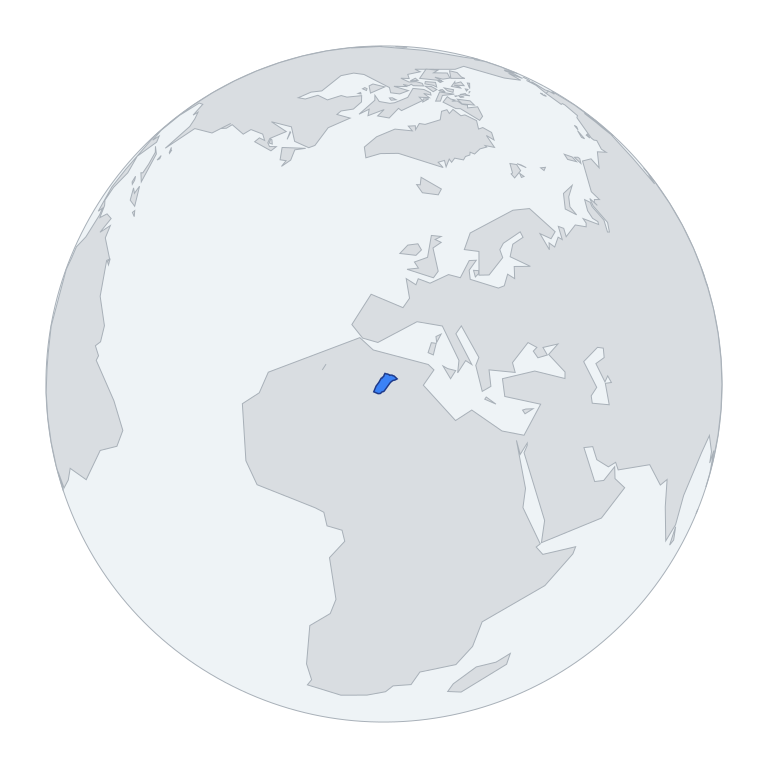 Ghardaïa on an orthographic globe, rotated 28°
{"feature_id": "DZA-2192", "entity_name": "Ghardaïa", "entity_type": "Province", "adm_level": 1, "iso_a3": "DZA", "parent_name": "Algeria", "parent_adm1": "", "projection": "orthographic", "projection_center": [3.122, 31.033], "detail": "fine", "context": "on_globe", "style": "filled", "palette": "blue", "viewbox_px": 768, "rotation_deg": 28, "n_neighbors": 0, "source": "natural_earth", "source_scale": "10m", "svg_char_len": 10510}
<svg xmlns="http://www.w3.org/2000/svg" viewBox="0 0 768 768"><g transform="rotate(28 384 384)"><circle cx="384" cy="384" r="338" fill="#eef3f6" stroke="#a8b0b8"/><path d="M196.5,102.9L206.0,97.0L197.2,102.7L204.6,98.4L216.1,91.4L221.8,88.0L262.8,70.6L302.4,57.5L310.3,54.6L312.2,55.0L321.2,52.0L324.8,51.3L324.5,51.4L324.8,51.4L338.8,49.1L342.1,48.9L350.7,47.9L353.4,48.1L342.6,50.3L344.1,50.7L353.9,49.2L362.8,49.2L348.1,51.2L362.1,51.6L346.5,57.4L305.2,66.1L299.1,72.7L263.5,91.6L269.4,91.3L259.6,99.5L262.8,102.5L255.3,106.1L264.3,105.6L270.5,101.9L276.6,100.6L279.0,102.3L269.9,106.8L267.3,106.6L265.9,108.9L260.3,110.5L264.4,110.7L253.0,116.5L267.8,113.5L261.7,120.5L253.2,123.7L249.6,119.7L221.0,120.1L211.3,123.7L201.2,132.0L191.5,154.4L182.6,160.5L173.9,171.5L180.7,169.3L190.1,160.1L200.7,159.7L210.8,149.4L216.6,148.1L228.9,139.9L231.7,145.5L227.9,155.6L217.9,163.1L215.9,168.1L229.3,165.1L214.4,183.9L211.0,205.8L206.6,210.7L191.2,211.7L181.5,200.4L161.5,205.3L179.2,207.0L167.9,220.8L168.1,225.5L171.4,228.1L177.5,225.0L174.7,231.2L156.1,230.8L158.4,225.2L164.3,225.0L159.6,220.3L147.1,221.8L142.4,229.5L128.3,226.3L124.8,232.1L119.8,235.2L126.4,225.9L114.3,243.1L97.0,247.3L80.2,278.5L91.6,247.8L92.5,238.7L92.2,231.4L89.2,236.2L92.7,222.1L89.0,222.7L77.4,242.7L68.1,264.7L65.3,277.3L69.1,270.6L69.7,277.2L59.2,298.7L58.6,317.9L52.9,337.4L51.3,352.7L53.5,357.5L55.0,370.5L59.6,363.8L65.4,366.0L62.0,383.4L68.0,372.6L69.3,385.8L83.1,402.5L81.1,405.1L92.2,439.8L109.8,463.8L113.9,479.8L111.2,485.7L118.7,493.1L118.8,498.2L153.4,525.6L175.2,547.6L177.4,564.4L164.6,575.9L166.0,608.3L146.5,605.8L150.3,617.0L150.3,626.0L137.4,614.4L150.2,627.7L150.3,628.1L133.1,610.3L117.2,591.3L102.7,571.2L89.7,550.1L79.4,529.0L73.1,514.6L62.9,489.0L49.6,431.9L49.0,419.0L48.0,407.4L51.7,394.0L53.5,368.2L52.9,361.0L50.6,365.6L51.2,337.7L55.2,315.6L65.1,272.1L74.0,249.6L84.4,227.7L96.3,206.7L109.8,186.5L124.6,167.4L140.8,149.4L158.2,132.6L176.8,117.0L196.5,102.9ZM75.0,287.8L74.8,319.5L70.2,311.6L71.9,310.8L73.0,300.4L73.3,286.8L70.6,281.4L75.0,287.8ZM85.6,279.0L85.2,274.9L86.2,277.7L85.6,279.0ZM223.9,86.7L215.9,91.4L204.4,98.2L210.6,94.2L223.9,86.7ZM246.4,75.8L243.6,77.4L235.7,80.7L239.8,78.7L246.4,75.8ZM315.3,53.1L308.2,54.7L314.0,53.4L315.3,53.1ZM351.5,47.8L352.4,47.6L356.5,47.3L351.5,47.8ZM226.5,137.6L227.6,138.7L224.7,139.6L226.5,137.6ZM230.7,133.1L226.5,133.4L227.9,131.3L230.4,131.2L230.7,133.1ZM364.4,47.6L370.6,47.6L362.4,47.8L364.4,47.6ZM235.5,133.5L230.9,127.8L233.4,124.3L245.2,121.3L235.5,133.5ZM373.0,47.8L388.3,48.7L391.8,48.0L390.6,51.3L378.0,48.9L367.3,49.1L373.4,48.4L373.0,47.8ZM271.5,100.0L264.9,104.0L268.1,99.3L271.5,100.0ZM272.0,97.4L273.3,86.1L284.2,81.7L281.6,86.0L293.9,79.7L298.6,82.9L292.9,87.2L284.9,89.2L292.8,89.0L272.0,97.4ZM387.5,53.4L389.6,54.3L385.3,53.8L387.5,53.4ZM279.2,99.8L278.5,97.6L287.9,93.5L291.1,97.1L287.0,97.2L279.2,99.8ZM294.8,76.7L302.3,74.7L308.2,76.6L312.0,76.2L299.6,82.7L294.8,76.7ZM286.1,99.1L292.4,99.2L290.2,102.8L280.6,101.7L286.1,99.1ZM289.0,91.1L293.6,89.4L292.1,91.4L289.0,91.1ZM285.9,116.8L284.9,113.8L289.6,111.2L285.9,116.8ZM294.9,99.0L295.7,97.8L297.4,96.6L301.0,97.5L294.9,99.0ZM304.6,83.8L305.5,85.3L310.0,81.2L314.6,83.0L305.5,87.2L311.4,86.2L312.8,86.7L303.8,89.6L304.6,83.8ZM310.0,95.1L300.1,101.8L301.0,107.7L296.8,110.0L296.0,100.1L310.0,95.1ZM307.2,91.5L308.0,94.1L302.3,95.3L298.2,94.3L307.2,91.5ZM321.0,82.9L316.3,79.1L318.4,78.3L321.0,82.9ZM311.4,96.4L313.8,94.9L312.1,96.7L311.4,96.4ZM319.3,86.6L317.3,85.3L319.8,84.5L319.3,86.6ZM320.1,93.0L316.9,95.1L314.1,94.3L320.1,93.0ZM320.7,89.9L324.6,89.2L315.0,92.8L319.4,89.4L320.7,89.9ZM322.0,86.1L322.8,85.2L322.4,86.8L322.0,86.1ZM332.9,95.3L321.5,100.0L315.1,98.1L327.1,93.6L332.9,95.3ZM470.1,57.2L468.7,56.9L433.8,51.0L448.9,53.0L448.5,53.5L455.8,55.1L466.3,57.0L465.6,56.6L497.9,68.0L529.0,80.3L519.4,74.9L521.8,75.5L528.9,78.7L551.3,90.4L572.9,103.8L593.3,118.7L612.6,135.1L616.4,138.7L608.3,131.4L621.5,144.1L625.6,147.8L622.0,144.1L639.4,162.7L655.3,182.6L669.7,203.6L682.5,225.6L693.6,248.6L702.9,272.3L710.4,296.6L710.3,296.3L714.3,312.8L716.5,323.8L713.6,309.8L706.5,287.9L708.7,300.9L704.9,290.0L695.5,276.7L696.6,295.3L700.9,341.8L707.5,371.3L706.4,390.2L690.0,360.4L678.8,335.4L675.4,343.5L656.5,330.5L631.1,349.9L625.3,344.4L621.0,351.8L607.4,350.9L597.7,341.3L590.4,346.3L615.8,371.2L623.3,366.0L626.5,348.7L632.4,359.1L645.2,362.6L638.9,400.3L597.5,450.2L589.9,429.1L539.9,378.9L539.3,371.0L539.0,370.3L538.2,368.9L537.3,382.2L527.4,371.6L558.0,409.8L564.7,427.9L597.0,451.8L594.9,456.5L604.2,459.9L629.6,437.7L630.5,445.3L620.7,486.4L582.3,547.9L585.4,574.1L579.2,598.0L550.9,621.5L549.0,636.7L533.7,646.3L529.8,655.0L515.0,666.7L492.0,679.0L457.6,685.6L458.9,679.1L447.0,667.5L431.9,632.1L444.3,611.9L442.7,596.7L417.4,562.9L423.2,541.3L415.6,532.8L400.3,536.0L391.1,525.5L381.5,525.6L319.2,532.5L298.1,516.6L268.2,467.9L278.0,450.3L276.3,427.9L340.9,354.4L358.5,359.0L413.9,346.0L421.5,348.1L419.3,366.6L464.3,382.7L473.7,365.8L510.2,370.1L531.7,363.5L531.8,328.3L496.5,338.3L486.1,323.7L511.0,301.8L541.2,294.2L538.2,288.4L515.5,280.6L518.8,267.0L507.2,277.1L514.6,281.7L507.6,288.6L500.4,284.9L501.8,279.9L491.7,279.8L487.4,304.8L494.4,312.2L470.1,322.2L479.5,335.9L474.2,344.4L456.3,324.5L455.3,316.0L425.0,296.4L423.9,305.9L452.4,325.6L445.1,325.0L443.8,339.6L439.1,328.0L408.3,305.4L383.9,313.5L359.1,350.2L343.6,353.5L327.7,346.6L330.5,310.8L364.9,307.7L366.3,296.3L354.1,280.5L365.6,281.4L364.8,275.0L377.3,273.4L389.6,257.1L401.5,254.3L401.3,235.0L407.4,231.4L405.8,243.6L411.0,251.1L440.0,245.6L444.1,240.8L441.6,229.0L449.9,229.6L443.8,219.1L458.0,211.4L435.6,212.4L432.1,200.1L437.9,189.2L432.8,185.7L423.3,203.7L423.2,211.0L429.5,216.7L425.6,238.4L416.8,243.3L405.6,222.4L391.8,227.6L389.2,210.2L416.3,170.0L430.1,160.8L463.6,169.2L463.3,177.3L451.1,178.0L467.0,187.8L463.5,181.9L470.4,182.9L468.8,172.6L473.6,172.8L463.9,163.0L469.6,162.2L475.7,168.4L478.2,153.8L488.7,150.3L486.9,147.0L482.1,144.5L498.6,142.4L496.6,140.2L490.4,139.8L482.4,135.4L474.6,127.0L480.8,126.8L484.4,129.7L501.3,136.1L510.0,144.9L511.7,144.0L505.6,136.4L485.0,128.5L478.6,123.6L488.5,126.2L484.4,124.9L483.2,122.4L487.7,120.0L476.8,116.9L454.6,93.9L461.1,88.0L472.4,92.1L463.4,78.8L471.4,75.1L465.7,74.6L457.5,69.1L454.9,70.1L451.5,69.5L429.3,58.3L428.8,56.2L412.8,52.7L409.8,52.7L409.2,53.9L390.6,51.3L391.8,48.0L398.4,48.1L394.7,46.8L410.3,47.6L421.5,48.3L440.9,51.2L448.0,52.3L445.7,51.8L446.4,51.9L470.1,57.2ZM323.5,393.7L322.9,400.6L323.5,393.7ZM576.9,303.2L592.6,296.6L579.1,279.5L584.1,275.9L577.7,271.8L578.1,278.4L561.5,266.5L566.0,257.3L560.8,249.4L555.3,251.4L549.8,270.5L573.4,287.1L572.5,297.2L576.9,303.2ZM83.6,402.8L84.8,408.2L82.3,405.6L83.6,402.8ZM67.1,317.2L68.2,321.2L68.0,325.8L66.7,323.8L67.1,317.2ZM82.5,347.9L84.9,353.5L81.3,350.6L82.5,347.9ZM75.3,324.1L80.4,344.1L73.6,340.8L70.8,328.4L74.1,332.8L75.3,324.1ZM80.0,286.9L80.2,290.4L78.5,292.8L80.0,286.9ZM86.3,281.1L85.8,280.5L86.8,276.9L86.3,281.1ZM169.0,220.8L170.4,221.0L172.7,224.6L169.4,225.1L169.0,220.8ZM196.5,230.1L191.3,240.0L192.7,232.8L187.0,234.8L183.0,223.0L204.2,212.7L195.3,219.1L196.5,230.1ZM183.4,205.6L183.6,213.5L182.6,205.3L183.4,205.6ZM348.1,244.3L354.1,248.0L351.8,255.4L336.7,261.3L339.8,250.2L348.1,244.3ZM363.0,251.7L356.1,230.6L365.2,226.9L361.3,232.4L368.0,232.1L363.4,240.9L378.9,259.0L377.8,267.0L350.5,271.9L360.0,265.5L353.6,262.0L363.0,251.7ZM322.5,191.1L319.7,184.1L343.1,184.9L343.1,191.5L328.1,197.1L319.2,192.6L322.5,191.1ZM257.1,130.1L254.5,128.9L257.0,127.4L261.3,127.3L257.1,130.1ZM285.0,115.6L271.1,134.4L267.4,133.8L263.7,146.7L252.5,150.3L255.3,141.6L243.9,154.6L241.9,148.3L235.3,157.5L242.7,137.8L240.4,133.3L247.2,136.8L257.5,133.4L261.3,130.7L270.4,119.8L270.8,109.4L281.1,105.2L288.3,105.0L289.8,106.8L282.6,108.8L289.7,109.9L280.5,114.2L285.0,115.6ZM366.6,116.9L357.7,116.5L370.5,123.2L361.3,126.0L363.4,126.6L358.4,131.3L356.0,138.4L351.2,138.9L352.3,141.5L349.1,144.9L349.0,148.8L340.4,151.4L339.6,156.5L336.0,154.8L336.9,163.1L332.4,158.2L327.7,162.8L334.6,165.1L288.4,173.6L272.6,182.3L261.8,192.8L255.4,184.0L261.4,169.2L274.0,153.8L290.2,147.2L284.4,144.9L290.4,141.3L292.5,144.6L292.9,137.4L298.4,135.5L309.6,124.3L306.8,116.2L310.8,112.3L314.7,114.5L316.0,109.2L326.0,111.0L329.1,108.4L342.1,108.0L347.8,114.5L350.8,111.2L360.9,111.4L366.6,116.9ZM336.5,95.3L345.4,101.4L344.7,106.3L322.3,105.0L318.1,107.1L303.8,107.4L305.0,100.6L309.0,101.1L313.2,100.0L311.1,102.5L315.9,99.7L321.6,100.4L326.8,98.6L328.2,101.0L336.5,95.3ZM427.6,340.4L433.0,340.5L441.0,338.5L440.3,348.1L427.6,340.4ZM406.4,325.3L411.0,323.6L413.9,335.2L408.2,335.6L406.4,325.3ZM411.0,313.1L411.0,322.6L407.6,317.7L411.0,313.1ZM409.7,241.6L414.3,239.5L415.7,242.1L414.4,246.6L409.7,241.6ZM402.6,140.7L397.6,138.8L398.4,137.3L391.7,130.2L398.0,128.0L404.5,131.5L402.6,140.7ZM527.2,335.9L522.5,344.1L518.6,342.0L521.0,339.5L527.2,335.9ZM480.4,347.5L492.3,349.2L480.1,350.1L480.4,347.5ZM408.4,137.1L404.9,134.3L410.2,135.0L408.4,137.1ZM402.2,126.2L408.0,126.2L398.0,127.0L402.2,126.2ZM623.8,573.9L596.7,619.8L584.6,625.6L585.9,616.2L598.3,590.5L613.5,577.0L622.0,562.6L623.8,573.9ZM720.4,352.1L720.1,349.8L719.9,347.1L720.4,352.1ZM708.5,373.1L713.0,385.8L711.8,392.2L708.5,373.1ZM456.9,120.2L459.2,132.0L465.0,140.3L474.7,144.2L461.9,144.4L453.0,131.5L456.9,120.2ZM454.3,96.8L445.7,94.4L448.6,92.8L451.0,93.1L454.3,96.8ZM449.7,97.3L440.7,99.5L435.3,96.5L443.5,95.2L449.7,97.3ZM424.8,116.9L425.1,120.4L420.8,119.6L424.8,116.9ZM523.7,76.3L517.7,73.8L511.8,71.4L516.3,73.1L523.7,76.3ZM392.4,53.8L389.8,54.2L390.0,53.4L392.4,53.8ZM450.3,70.2L445.7,69.3L446.1,68.0L450.3,70.2ZM433.3,66.4L436.0,68.5L430.6,66.3L433.3,66.4ZM442.6,73.5L435.9,69.4L446.0,73.3L442.6,73.5Z" fill="#d9dde1" stroke="#a8b0b8" stroke-width="1"/><path d="M378.8,380.3L378.9,380.1L379.4,379.8L379.5,379.7L379.6,379.4L379.5,379.1L379.4,378.9L379.5,378.7L380.0,377.9L380.1,377.7L380.1,377.3L380.1,377.1L380.1,376.8L379.9,376.3L379.9,376.1L379.9,374.6L379.9,374.4L379.9,374.2L381.7,373.9L382.2,373.6L382.8,373.5L383.9,373.4L384.2,373.4L384.3,373.5L384.7,373.7L384.9,373.7L385.0,373.7L385.4,373.2L385.5,373.1L387.0,372.4L387.4,372.4L387.5,372.4L387.6,372.5L387.8,372.5L389.2,372.2L393.2,373.3L392.0,375.1L391.1,376.0L390.4,376.5L390.2,376.7L390.2,376.8L390.0,377.1L389.8,377.6L389.4,378.4L389.0,379.5L388.7,380.9L387.5,390.1L387.1,390.9L386.4,391.5L386.1,391.9L385.8,392.2L385.4,393.8L385.1,394.2L383.3,395.3L378.6,395.7L378.0,389.5L378.7,385.0L378.8,380.3Z" fill="#3b82f6" stroke="#1e3a8a" stroke-width="1.5"/></g></svg>